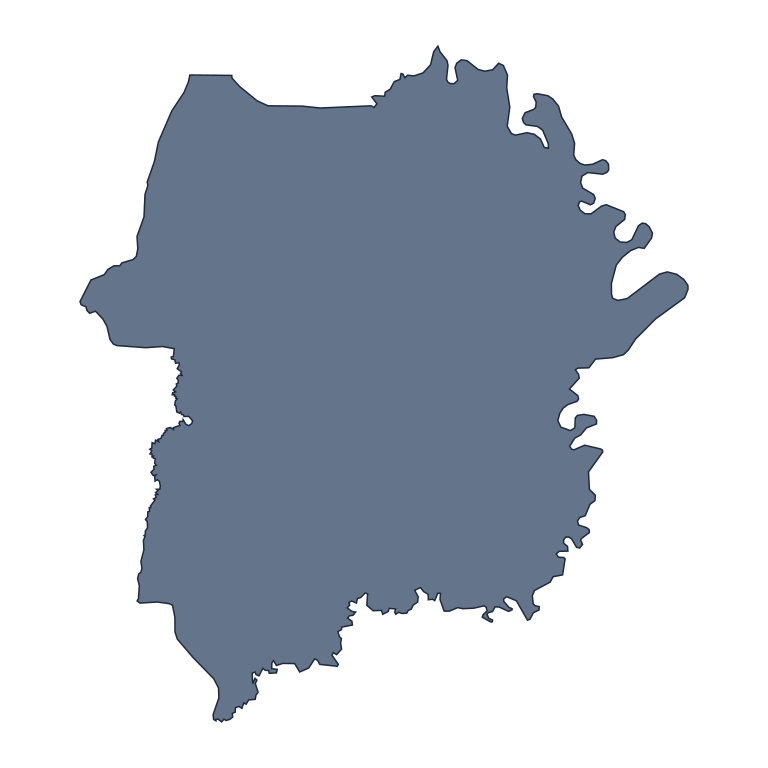 outline of Kanthararom, Si Sa Ket, Thailand
{"feature_id": "78962969B19002153549753", "entity_name": "Kanthararom", "entity_type": "district", "adm_level": 2, "iso_a3": "THA", "parent_name": "Thailand", "parent_adm1": "Si Sa Ket", "projection": "mercator", "projection_center": [104.547, 15.116], "detail": "fine", "context": "isolated", "style": "filled", "palette": "slate", "viewbox_px": 768, "rotation_deg": 0, "n_neighbors": 0, "source": "geoboundaries", "source_scale": "gbopen_adm2", "svg_char_len": 6067}
<svg xmlns="http://www.w3.org/2000/svg" viewBox="0 0 768 768"><path d="M602.5,159.7L592.8,164.2L584.8,165.1L579.9,163.3L575.6,159.4L573.7,154.9L574.6,143.4L571.7,134.0L561.7,117.2L558.5,106.1L552.9,99.1L547.9,95.7L537.2,93.7L533.9,94.3L533.5,96.5L536.2,102.3L535.6,107.4L533.7,109.4L525.1,112.7L522.3,118.5L523.5,122.4L526.0,124.9L537.3,126.4L542.6,130.1L548.4,144.0L548.3,148.2L544.3,147.5L540.5,139.1L534.4,134.3L527.0,132.7L515.6,135.1L511.4,133.6L507.2,126.2L509.8,107.1L506.7,87.8L507.5,75.1L503.4,65.5L498.7,63.2L492.6,69.8L484.5,71.2L477.9,69.3L467.1,60.7L461.3,59.8L456.7,63.2L455.0,67.7L457.7,80.4L454.1,83.6L450.5,83.6L448.1,82.4L446.5,79.4L448.0,65.4L447.0,60.6L440.1,51.9L437.9,46.1L433.7,51.7L430.5,64.8L423.0,72.9L413.9,75.9L407.6,75.2L404.8,77.8L402.9,74.0L401.1,73.5L399.9,79.4L394.3,81.6L390.1,89.3L385.2,92.2L384.7,96.2L374.8,95.7L371.7,97.0L376.9,103.8L374.1,107.4L371.2,105.8L320.2,108.0L302.2,106.1L268.0,105.8L257.1,100.8L239.6,86.5L232.0,78.1L231.8,75.4L189.9,75.0L188.3,82.3L183.9,92.6L171.7,111.1L158.4,141.9L154.4,161.5L147.2,182.0L147.8,185.7L145.0,194.4L144.0,216.8L137.0,236.5L137.8,248.6L136.3,256.4L132.9,259.6L122.0,262.8L119.8,265.7L113.7,265.9L107.8,269.5L104.3,274.6L91.0,279.9L80.0,301.6L81.2,304.8L86.0,306.8L86.9,310.4L89.6,313.3L95.5,311.2L103.0,319.2L107.0,326.5L110.0,339.5L113.4,344.1L117.1,345.6L145.8,347.7L162.5,346.5L174.3,348.7L173.3,356.5L171.2,357.0L171.5,358.9L174.7,359.7L175.6,363.2L178.9,362.8L179.3,365.0L177.2,368.7L181.5,371.8L180.5,373.6L182.0,375.4L178.9,375.3L176.8,378.2L178.2,380.0L178.1,383.2L176.3,383.9L176.7,386.3L173.3,389.9L175.6,391.9L172.8,392.7L172.2,394.7L174.7,394.7L174.5,396.2L176.3,396.9L175.7,398.2L177.3,398.8L175.4,400.8L174.7,405.1L175.9,406.1L176.8,412.0L179.5,413.2L180.7,411.9L181.5,414.5L183.2,414.6L184.0,416.5L188.8,416.4L192.7,421.0L191.5,423.8L188.7,425.6L186.0,424.4L183.1,419.6L183.0,421.4L179.9,421.3L179.0,423.2L180.0,425.3L173.3,427.7L173.5,429.5L170.3,427.5L166.4,428.6L167.0,430.4L165.1,430.5L165.2,432.2L163.5,433.4L163.3,435.3L161.9,435.5L161.1,438.3L157.8,439.4L158.7,441.6L155.5,440.1L154.9,443.7L152.1,442.6L151.8,448.1L149.8,449.2L151.8,450.7L150.0,454.0L152.0,454.0L152.0,456.8L153.4,456.2L153.1,457.9L155.3,458.8L154.6,463.3L156.3,465.3L153.7,466.3L154.0,469.2L151.0,472.3L153.2,475.5L155.8,475.0L154.6,476.2L155.1,481.1L157.2,479.7L159.4,481.3L160.3,486.0L159.8,489.2L156.6,489.3L158.1,490.4L155.5,492.7L157.7,494.2L155.2,494.9L156.2,497.5L153.5,498.9L155.0,500.0L150.4,506.1L150.8,507.6L149.2,507.8L149.5,511.3L147.8,511.9L147.8,516.5L145.5,519.5L147.2,521.6L147.6,527.7L145.3,531.1L145.3,534.6L144.0,535.6L145.1,536.3L143.4,540.4L143.9,549.7L140.9,561.6L142.0,568.3L140.8,572.3L138.7,574.0L137.6,578.6L139.3,585.7L138.5,598.5L137.1,600.9L139.9,603.1L157.0,602.0L169.4,603.7L172.5,605.3L174.9,617.4L175.0,632.0L177.3,639.1L193.1,657.6L213.8,678.8L218.5,687.9L218.9,697.9L213.1,714.6L213.6,719.4L215.9,720.8L215.8,719.6L217.9,719.0L221.6,721.9L224.0,719.2L226.0,720.5L229.8,719.4L232.7,717.1L232.3,713.3L235.2,712.2L235.5,707.6L239.0,706.5L241.9,708.4L243.8,702.8L246.0,704.3L248.7,699.9L255.2,699.4L256.0,695.1L258.1,692.3L255.3,683.6L256.9,680.1L255.1,678.3L252.7,683.7L252.2,673.1L255.1,672.0L256.1,674.7L259.0,675.8L262.9,668.3L265.2,670.3L268.7,670.5L269.2,673.3L276.4,672.9L277.3,669.4L271.7,668.7L271.9,662.6L273.5,660.7L276.4,665.5L282.8,663.4L294.7,663.6L299.7,672.0L308.6,668.1L314.7,658.9L317.5,660.3L319.8,664.4L337.3,666.3L338.3,664.3L332.0,655.3L333.2,652.6L336.6,654.6L341.6,649.1L340.6,643.0L341.4,638.5L339.4,636.6L337.9,631.6L341.5,629.6L341.6,627.2L352.4,625.0L351.9,621.1L347.6,618.2L349.4,615.8L353.0,615.3L355.6,612.1L351.8,611.3L347.2,607.9L349.7,605.2L348.9,602.4L351.7,601.0L356.4,603.1L357.5,598.4L360.7,597.6L365.1,593.0L367.6,593.8L366.8,605.3L373.1,610.7L381.5,610.4L382.7,614.3L388.2,611.5L389.2,608.4L395.6,608.9L394.7,612.4L395.9,614.2L398.7,612.3L402.1,613.5L406.8,613.1L408.3,610.4L411.3,609.1L413.2,605.1L417.6,602.1L418.2,596.8L414.7,590.2L420.5,587.6L423.5,591.5L428.1,594.3L428.3,599.8L432.5,599.2L434.7,600.6L437.8,593.2L440.5,593.4L440.0,599.5L444.1,611.1L449.5,611.1L457.8,607.6L462.7,608.7L473.8,608.2L484.2,605.8L486.2,607.3L487.0,610.9L483.0,614.8L482.3,617.2L490.7,622.0L492.4,621.8L492.5,620.0L488.7,618.2L487.0,614.2L488.4,612.6L492.5,611.6L495.1,606.9L499.0,607.0L508.6,611.4L512.1,609.8L512.1,608.7L509.0,607.4L503.7,601.3L503.7,599.0L506.6,596.7L516.4,600.8L527.5,620.2L530.0,619.2L533.4,612.7L539.0,610.0L539.2,606.6L535.0,605.7L533.2,603.6L532.3,595.7L534.5,590.5L550.2,582.1L553.1,576.7L562.6,574.9L565.1,558.9L563.7,557.5L558.5,557.2L556.2,553.9L559.3,551.3L567.9,551.1L567.5,546.3L563.6,543.2L563.7,539.8L565.6,537.2L569.1,537.1L571.9,539.3L576.5,547.3L579.7,548.0L582.6,544.4L580.7,540.2L581.2,538.7L589.3,532.6L589.2,529.8L586.9,527.8L578.5,525.0L577.5,521.1L579.8,517.5L585.2,515.8L590.0,504.3L595.0,500.6L595.3,495.2L589.4,489.4L588.5,471.9L602.8,451.9L602.4,450.0L600.4,448.9L584.6,445.2L574.1,449.8L571.5,449.1L569.7,446.3L574.7,438.2L580.7,434.9L586.4,428.0L596.5,423.9L596.6,420.4L594.2,416.3L583.9,414.4L577.4,415.4L575.3,417.9L574.8,427.8L570.5,430.6L560.9,427.2L557.8,420.5L559.9,413.1L563.2,408.1L567.8,404.6L577.1,401.3L578.6,399.1L577.9,395.7L569.4,389.0L579.3,378.1L578.6,374.4L575.4,369.8L577.9,368.1L588.9,367.8L595.5,359.1L612.6,357.7L623.4,354.7L628.1,350.3L635.7,338.9L655.5,319.0L684.6,297.8L688.0,289.4L687.9,285.3L683.8,279.5L676.7,274.3L667.2,271.9L659.4,274.1L627.1,298.6L617.9,300.4L612.8,298.4L611.5,294.1L611.4,283.4L616.3,265.0L622.5,257.2L630.6,250.6L638.5,247.4L644.2,248.4L651.6,238.0L652.5,233.2L649.2,226.8L645.7,223.7L642.3,223.1L638.5,225.7L631.8,239.7L627.0,242.4L620.1,242.0L615.2,238.1L613.7,232.1L616.0,226.4L624.6,219.5L625.4,214.9L623.7,211.7L606.2,204.7L601.5,206.1L591.1,213.8L585.0,213.8L580.2,210.1L578.2,205.5L579.6,201.7L581.7,201.2L590.5,204.8L593.6,203.2L595.3,198.5L593.7,194.6L582.7,188.1L580.6,182.6L582.0,176.1L587.8,172.6L602.6,174.2L606.8,172.5L608.7,170.0L608.5,164.1L605.7,160.6L602.5,159.7Z" fill="#64748b" stroke="#1e293b" stroke-width="1.5"/></svg>